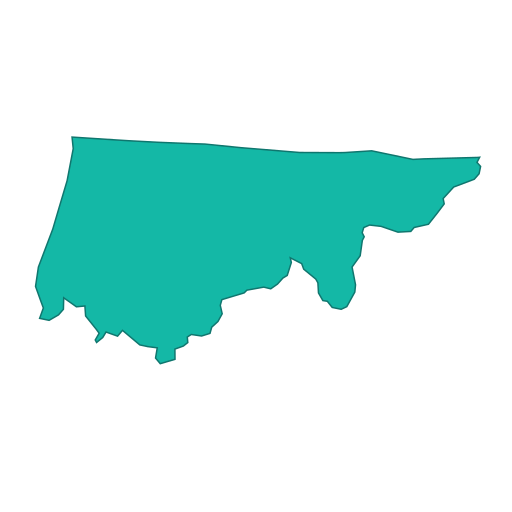 the district of Quebradillas, Puerto Rico, rotated 274°
{"feature_id": "32010507B1223039681342", "entity_name": "Quebradillas", "entity_type": "district", "adm_level": 2, "iso_a3": "PRI", "parent_name": "Puerto Rico", "parent_adm1": "", "projection": "albers", "projection_center": [-66.935, 18.429], "detail": "fine", "context": "isolated", "style": "filled", "palette": "teal", "viewbox_px": 512, "rotation_deg": 274, "n_neighbors": 0, "source": "geoboundaries", "source_scale": "gbopen_adm2", "svg_char_len": 1376}
<svg xmlns="http://www.w3.org/2000/svg" viewBox="0 0 512 512"><g transform="rotate(274 256 256)"><path d="M370.1,472.2L369.8,470.4L364.6,416.6L363.3,405.8L369.0,364.1L365.4,337.5L364.9,332.1L362.3,292.4L363.0,233.7L364.1,197.2L363.5,180.6L362.6,150.5L362.1,120.6L362.0,106.6L361.8,64.2L350.8,66.1L350.5,66.2L317.8,62.3L288.7,55.8L287.3,55.5L268.7,51.4L229.8,39.7L210.3,38.2L196.2,44.4L189.3,47.5L178.7,44.5L177.4,54.1L183.5,63.1L189.4,67.6L200.9,67.1L192.8,80.4L194.2,88.8L184.3,90.2L171.6,101.9L168.0,104.9L161.0,101.5L158.6,103.0L164.0,108.8L169.7,111.7L166.4,123.5L172.5,128.0L159.2,146.3L158.2,153.5L158.1,153.8L157.5,163.9L147.2,162.9L141.9,168.0L147.3,182.4L157.5,181.6L161.1,189.8L164.9,194.0L170.4,193.1L173.2,196.9L172.4,207.3L175.6,215.5L181.9,216.8L188.0,222.6L196.0,226.3L204.3,223.8L210.1,225.0L218.4,246.8L221.3,249.3L225.5,265.9L224.3,273.0L229.5,279.4L235.9,284.4L238.8,288.5L252.0,291.7L256.6,290.3L251.6,302.1L246.2,304.5L237.2,317.2L233.6,319.6L223.5,320.9L216.2,325.8L215.8,330.3L210.0,335.6L208.8,344.7L211.8,350.1L226.9,357.1L234.2,357.3L251.7,352.6L263.5,359.9L279.0,361.0L282.7,362.6L286.6,360.3L291.9,361.5L294.8,367.1L294.3,378.7L289.7,395.9L291.3,408.7L295.5,411.8L299.7,425.8L311.7,434.0L321.1,440.1L326.4,438.7L338.6,448.4L347.8,468.4L353.6,472.8L361.0,473.8L364.8,469.9L370.1,472.2Z" fill="#14b8a6" stroke="#0f766e" stroke-width="1.5"/></g></svg>